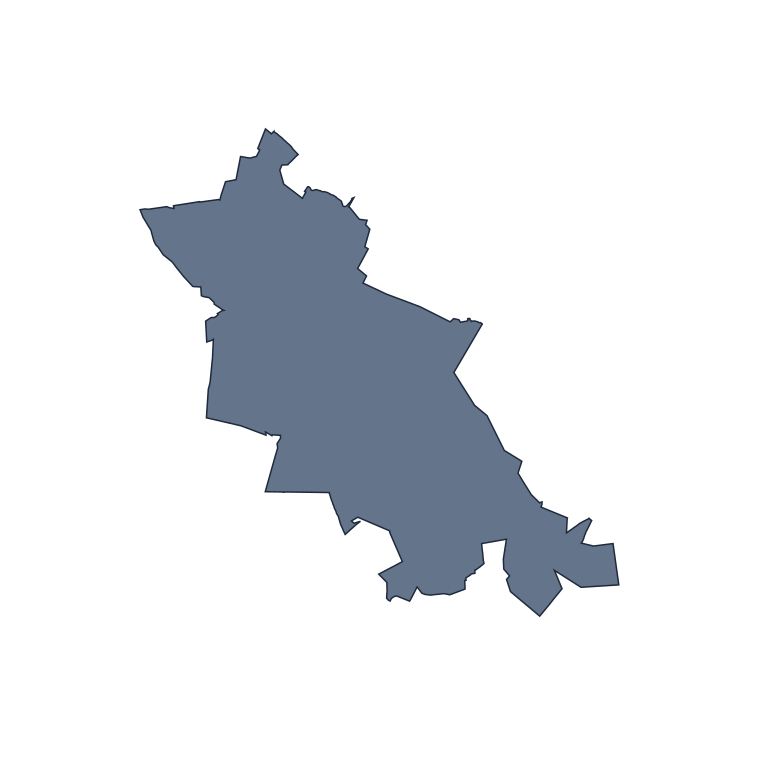 outline of Altamirano, Chiapas, Mexico, rotated 19°
{"feature_id": "50627088B24098372113049", "entity_name": "Altamirano", "entity_type": "district", "adm_level": 2, "iso_a3": "MEX", "parent_name": "Mexico", "parent_adm1": "Chiapas", "projection": "robinson", "projection_center": [-91.86, 16.673], "detail": "fine", "context": "isolated", "style": "filled", "palette": "slate", "viewbox_px": 768, "rotation_deg": 19, "n_neighbors": 0, "source": "geoboundaries", "source_scale": "gbopen_adm2", "svg_char_len": 5916}
<svg xmlns="http://www.w3.org/2000/svg" viewBox="0 0 768 768"><g transform="rotate(19 384 384)"><path d="M96.6,298.6L101.8,304.7L107.2,309.2L110.1,311.7L113.7,314.5L114.9,316.5L119.3,322.9L119.9,323.7L122.9,326.7L126.1,328.3L133.2,333.7L144.1,337.6L150.3,341.8L159.5,347.6L171.4,354.0L172.5,353.8L179.2,351.9L182.6,360.0L185.0,360.1L190.5,359.3L196.7,362.1L197.5,363.8L205.5,365.9L206.5,366.3L207.9,366.4L208.5,366.5L207.9,366.8L207.2,367.2L204.2,370.9L204.0,371.0L203.5,371.7L204.0,372.0L204.5,372.3L204.1,373.4L203.1,375.0L202.1,376.1L201.4,376.5L200.7,377.0L199.8,377.0L198.9,377.5L194.9,382.6L202.7,402.0L206.9,398.8L208.1,397.2L208.5,398.4L208.5,398.6L213.3,415.0L218.9,438.5L219.4,442.8L219.5,445.8L227.1,473.8L262.2,470.1L289.1,470.8L287.6,467.9L294.9,469.4L294.9,468.5L294.9,468.4L300.2,467.0L302.8,466.3L303.8,468.9L302.3,475.2L304.3,479.1L304.6,486.8L306.8,524.5L324.1,518.8L324.2,519.1L326.1,518.1L367.7,504.4L368.0,505.4L368.8,506.4L369.2,506.8L369.8,507.7L370.2,508.3L370.6,508.8L371.2,509.6L371.8,510.3L372.4,511.2L373.0,511.8L373.7,512.5L374.7,514.1L375.4,514.8L376.1,515.5L377.1,516.9L377.9,518.0L378.4,518.4L379.4,519.4L380.0,520.0L380.5,520.6L380.9,521.4L381.5,522.1L382.3,522.7L383.1,523.3L384.0,524.2L388.8,531.0L390.1,532.4L391.3,533.6L391.9,534.2L392.9,535.4L393.5,536.1L395.1,537.7L396.3,538.9L397.3,537.1L399.1,533.8L399.1,533.7L403.7,525.6L406.2,521.9L406.4,521.5L400.9,525.4L400.6,525.3L400.1,525.0L399.3,524.7L398.5,524.4L397.8,524.1L402.6,518.5L437.2,521.0L437.4,521.8L438.4,523.2L459.2,546.0L440.9,565.5L451.3,570.7L454.5,579.3L455.0,581.4L456.2,585.7L456.6,585.9L458.3,586.8L458.4,587.0L460.5,587.2L460.7,584.7L461.8,582.8L463.5,581.1L465.0,580.3L478.9,581.0L479.3,579.3L481.4,565.1L487.9,569.5L491.3,569.6L496.9,568.4L499.5,567.1L506.6,563.8L508.9,562.7L514.8,561.9L527.4,551.5L524.3,543.5L525.5,542.9L524.5,540.8L527.9,536.4L528.0,536.3L528.3,535.2L531.6,533.4L531.1,532.2L530.6,530.2L531.1,530.1L534.3,525.6L537.0,521.1L535.3,518.4L534.8,517.1L534.0,515.6L533.4,514.1L532.7,512.5L531.2,509.5L530.7,508.3L530.0,507.0L529.5,505.7L528.9,504.5L528.4,503.3L528.3,503.1L550.3,490.9L553.9,510.9L554.0,511.1L557.5,520.0L565.2,524.6L563.5,528.9L571.2,539.1L606.8,552.8L612.4,537.9L614.6,531.5L619.0,519.6L605.8,504.7L635.3,511.8L636.4,512.1L671.4,497.5L652.5,460.3L634.9,469.0L622.4,470.2L622.5,470.0L622.7,469.4L622.8,468.7L623.0,467.0L623.1,465.4L623.0,461.6L623.0,460.8L623.2,459.7L623.1,458.1L623.4,456.6L623.5,455.9L623.7,454.4L623.9,452.8L624.8,445.4L624.3,445.2L623.8,445.2L623.2,445.1L622.8,444.9L622.4,444.6L622.1,444.3L621.7,444.2L621.7,444.3L621.0,445.0L620.4,445.8L619.4,446.7L618.6,447.6L617.8,448.4L617.1,449.1L616.3,450.0L615.3,451.1L614.1,452.5L612.6,454.9L612.0,455.8L611.1,456.9L609.0,459.9L607.3,462.2L606.1,463.9L605.0,465.4L601.0,451.5L601.0,451.3L601.0,450.9L572.8,449.3L572.7,449.3L572.5,448.7L572.6,448.2L572.6,447.9L572.6,447.7L572.5,447.4L572.6,447.1L572.6,446.9L572.6,446.6L572.5,446.3L572.4,445.9L571.8,444.0L569.8,445.7L558.7,440.4L558.5,440.0L557.6,439.3L547.8,431.4L539.7,424.6L539.5,412.2L519.4,407.7L491.7,380.4L476.6,374.7L446.3,350.4L457.4,295.4L457.2,295.1L456.9,295.0L456.5,295.0L456.2,294.9L455.9,294.7L455.2,294.5L454.7,294.8L454.3,294.9L454.2,294.9L454.0,295.0L453.7,295.0L453.2,294.8L452.5,294.7L452.4,294.7L452.1,294.7L451.9,294.7L451.7,294.7L451.2,294.8L450.8,294.8L450.5,294.8L450.0,294.9L449.7,294.9L449.2,294.9L449.0,295.0L448.6,295.1L448.4,295.2L448.1,295.3L447.7,295.4L447.0,296.0L446.5,296.4L446.2,296.0L444.4,295.4L444.3,295.0L444.4,294.8L444.3,294.6L444.1,294.4L443.8,294.2L443.7,294.2L443.4,294.2L443.3,294.3L443.1,294.3L442.9,294.4L442.6,294.6L442.2,294.9L441.9,295.0L442.0,295.4L442.6,297.1L436.2,300.7L433.9,298.9L428.6,299.5L426.3,303.7L392.9,299.2L356.7,298.2L331.3,295.4L332.3,287.5L321.5,283.4L325.1,261.4L321.2,260.5L320.2,242.3L314.7,239.3L314.7,234.7L307.1,236.3L293.9,228.1L293.2,228.3L292.9,228.1L294.9,217.5L294.4,217.9L294.1,218.3L293.8,218.5L293.6,218.7L293.4,218.9L293.3,219.1L293.3,219.3L293.2,219.5L293.5,220.5L293.4,220.8L293.2,221.1L293.1,221.7L292.9,222.0L292.9,222.4L292.6,223.6L292.5,223.8L292.3,224.1L292.2,224.3L292.0,224.5L291.8,225.0L291.6,225.4L291.3,226.6L291.0,226.9L290.9,227.2L290.7,227.5L290.6,228.0L290.1,228.4L289.2,229.0L288.8,229.0L288.6,229.1L288.4,229.1L288.0,229.2L287.8,229.2L287.6,229.1L287.3,229.1L287.0,228.8L286.7,228.6L286.6,228.4L286.5,228.2L286.3,227.6L286.1,227.5L285.8,227.1L285.5,226.9L285.3,226.9L284.9,225.8L283.7,224.8L281.2,224.1L279.4,223.7L277.3,222.6L276.5,222.6L276.0,222.5L275.3,222.2L274.6,222.0L274.0,222.1L273.2,222.2L272.1,222.1L271.0,221.8L269.6,221.6L267.9,221.4L266.2,221.5L264.7,221.6L264.0,222.0L262.8,222.3L262.5,222.3L261.2,222.0L260.7,222.0L259.8,222.2L259.2,222.2L258.1,222.2L257.1,222.2L256.4,222.4L255.7,222.8L254.9,223.3L254.4,223.8L253.6,224.3L252.3,224.4L251.6,224.0L250.6,222.9L249.8,222.5L249.0,222.1L248.5,222.0L248.1,222.1L247.8,222.4L247.7,222.4L247.6,222.5L247.5,222.8L247.4,223.0L247.2,223.7L247.2,223.9L247.2,224.1L246.2,227.7L247.6,227.9L246.4,235.0L224.1,227.6L215.8,215.6L215.9,214.9L216.1,211.3L216.2,210.2L221.7,208.0L222.1,206.9L222.7,205.5L223.3,204.5L224.2,202.8L225.0,201.1L226.4,198.1L226.7,197.5L227.5,195.9L228.1,195.0L221.6,191.6L219.3,189.9L217.6,189.0L216.0,188.3L213.9,187.5L212.5,186.8L211.9,186.6L210.4,185.9L209.4,185.6L207.6,184.6L206.9,184.3L206.0,184.1L205.0,183.7L203.8,183.3L203.5,183.2L202.2,182.6L201.4,182.2L198.0,181.4L197.7,180.8L197.4,181.4L196.8,182.6L196.7,182.7L196.7,182.8L196.2,184.1L188.9,181.4L188.5,190.4L188.0,202.5L188.8,202.8L189.0,202.8L190.3,203.2L189.9,206.2L189.4,209.7L189.3,210.3L187.3,211.6L186.1,212.4L184.4,213.6L184.2,213.7L183.7,214.0L180.5,214.6L178.7,214.9L174.3,215.6L177.6,239.0L168.3,244.3L168.5,258.2L168.9,263.5L167.6,263.4L150.6,272.0L150.3,271.6L126.9,284.0L128.3,286.4L123.6,287.2L120.9,287.0L104.5,295.4L101.0,296.3L96.6,298.6Z" fill="#64748b" stroke="#1e293b" stroke-width="1.5"/></g></svg>